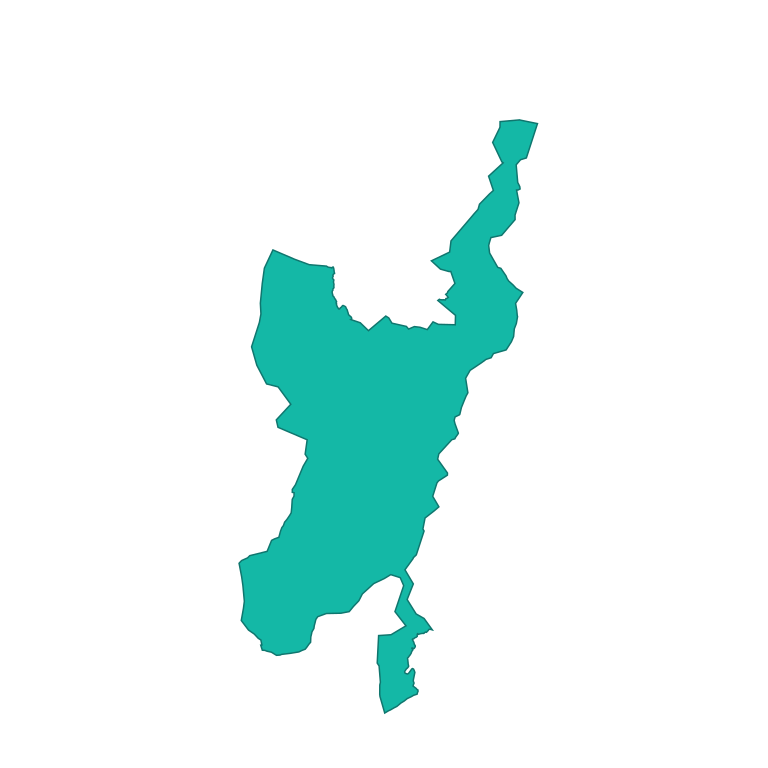 the district of Karasuwa, Yobe, Nigeria, rotated 294°
{"feature_id": "59680162B67680561366569", "entity_name": "Karasuwa", "entity_type": "district", "adm_level": 2, "iso_a3": "NGA", "parent_name": "Nigeria", "parent_adm1": "Yobe", "projection": "albers", "projection_center": [10.749, 12.987], "detail": "fine", "context": "isolated", "style": "filled", "palette": "teal", "viewbox_px": 768, "rotation_deg": 294, "n_neighbors": 0, "source": "geoboundaries", "source_scale": "gbopen_adm2", "svg_char_len": 6104}
<svg xmlns="http://www.w3.org/2000/svg" viewBox="0 0 768 768"><g transform="rotate(294 384 384)"><path d="M83.7,518.5L87.4,521.1L88.8,522.4L92.4,525.0L94.7,526.9L99.4,529.2L102.6,531.4L106.1,533.2L109.7,536.3L111.6,537.6L114.1,540.4L115.7,540.1L117.1,540.1L118.3,539.4L118.4,538.3L119.0,537.2L119.5,535.0L119.9,533.4L121.1,533.2L123.0,533.1L124.6,531.5L126.3,531.0L128.2,530.6L130.4,530.1L133.1,529.5L134.6,528.1L135.6,526.9L135.6,525.7L134.8,525.2L132.7,524.8L130.3,524.3L129.2,523.9L128.5,523.2L128.5,522.2L128.4,521.3L128.5,520.8L129.0,520.3L129.5,519.9L130.2,519.9L132.1,520.2L133.0,520.4L134.0,520.9L135.0,521.2L135.7,521.3L136.3,521.3L137.2,520.6L138.3,519.8L139.3,519.3L140.3,518.7L141.2,518.2L142.0,517.7L142.7,517.2L143.2,517.0L143.7,517.1L144.1,517.3L144.5,517.5L145.5,517.6L146.3,517.9L147.3,518.1L148.1,518.2L148.9,518.3L149.7,518.3L150.5,518.1L151.1,518.2L151.9,518.3L152.6,518.5L153.2,518.4L153.4,517.8L153.6,517.3L153.9,516.9L154.3,517.0L154.4,517.5L154.3,518.1L154.3,518.6L154.6,519.0L155.1,519.2L155.7,519.3L156.7,519.4L157.5,519.1L158.1,518.3L158.4,517.8L158.7,517.4L159.3,517.0L159.7,516.7L160.2,516.2L160.7,515.7L161.1,515.1L161.5,514.6L161.9,514.2L162.3,513.8L162.6,513.8L163.2,514.7L163.7,515.0L164.3,515.1L164.9,515.6L165.6,516.3L166.3,516.7L167.0,517.0L167.6,516.7L168.1,516.4L168.7,516.3L169.1,516.2L169.5,516.2L169.5,516.6L169.2,516.9L169.2,517.2L169.8,517.8L170.5,518.6L171.2,519.6L171.7,520.4L172.0,521.0L172.2,521.6L172.6,522.0L173.0,522.0L173.7,522.4L174.3,522.9L174.4,523.7L175.0,524.0L175.9,524.3L176.6,524.6L177.3,524.7L178.3,525.0L178.6,525.7L178.8,526.6L179.3,527.2L179.1,527.5L178.9,527.8L179.0,528.2L186.1,516.0L187.0,506.9L196.5,492.8L213.3,492.1L222.8,478.7L236.4,481.6L237.1,481.4L241.0,483.0L266.0,480.4L267.4,478.5L278.3,476.0L288.8,481.6L294.1,484.1L296.5,480.8L301.2,474.2L315.2,472.6L317.6,473.2L326.5,479.0L328.5,478.2L337.1,463.6L342.5,462.5L343.1,462.7L360.7,468.6L362.7,471.0L364.5,471.1L368.9,472.0L369.4,471.9L376.6,465.0L379.3,462.9L382.8,462.3L386.6,465.5L387.1,465.6L394.0,464.3L402.0,464.0L406.5,463.9L410.1,464.2L422.5,456.2L431.5,457.1L442.9,464.3L448.0,467.2L451.6,471.2L456.3,471.6L464.8,481.7L474.4,483.2L480.1,483.1L487.4,480.6L493.1,480.3L499.9,478.6L500.9,477.8L505.5,475.2L511.2,471.4L518.7,472.7L524.1,473.6L525.2,465.8L527.0,461.6L528.8,456.0L530.4,453.5L532.2,451.7L532.4,451.5L537.2,443.7L536.8,440.5L546.6,427.2L553.1,423.3L555.8,422.8L561.3,422.1L561.8,422.9L567.7,431.0L578.6,434.2L587.5,436.9L591.4,435.1L591.6,435.0L604.4,433.6L615.1,426.2L615.7,427.5L617.5,429.0L619.5,427.8L620.8,426.3L622.1,424.7L622.3,424.3L638.0,415.6L644.4,417.5L644.6,417.7L648.4,422.1L684.3,418.3L680.5,401.1L680.5,400.6L670.9,383.3L666.0,385.4L665.5,385.5L664.4,385.5L648.9,385.0L634.8,401.4L634.5,402.9L616.4,395.0L605.3,405.2L600.6,403.1L587.1,398.1L581.8,398.9L575.9,397.0L573.4,396.3L542.0,387.0L533.9,389.5L531.2,390.3L515.8,377.2L511.9,388.8L513.2,397.8L514.0,399.2L504.7,407.9L494.5,404.7L493.0,404.9L491.0,403.9L490.0,406.1L489.2,407.5L487.9,406.7L487.6,406.3L487.4,405.9L487.2,405.8L486.4,405.9L485.9,405.9L485.7,405.8L485.6,405.6L485.5,405.0L485.2,404.2L484.4,402.6L483.8,400.6L483.9,400.1L482.2,399.2L475.8,421.4L467.1,425.0L460.6,409.4L460.7,403.5L451.3,401.4L450.5,393.9L448.8,388.4L444.2,384.1L445.7,381.0L442.8,366.5L446.3,361.5L446.8,358.0L426.4,348.1L430.3,337.4L429.4,327.5L430.0,327.9L430.7,327.9L431.1,327.6L431.5,327.2L431.8,326.8L432.1,326.1L432.3,325.2L432.6,324.3L432.9,323.6L433.2,323.2L433.5,322.9L434.0,322.6L434.7,322.0L435.4,321.3L435.8,321.0L436.7,320.3L437.2,319.5L437.7,318.8L438.3,318.2L438.8,317.7L439.0,317.0L439.1,316.1L439.1,315.5L439.1,314.8L438.8,314.3L438.2,314.1L437.8,314.0L437.1,313.9L436.7,313.7L436.2,313.3L435.9,313.1L435.5,313.1L435.1,313.1L434.7,312.9L434.3,312.6L434.2,312.3L434.2,311.8L434.7,311.2L435.0,310.8L435.3,310.2L435.8,309.7L436.2,309.2L436.8,308.7L437.0,308.4L438.1,308.0L438.3,307.5L438.6,307.3L439.1,307.1L439.4,307.1L439.8,307.3L440.2,306.9L440.6,306.3L441.0,305.8L441.5,305.4L441.7,305.1L441.7,304.6L442.0,304.3L442.4,303.8L442.7,303.3L443.1,303.0L443.4,302.5L443.6,302.1L443.7,301.7L443.7,301.4L444.0,301.1L444.7,300.9L445.0,300.6L445.3,300.3L445.8,300.0L446.2,299.6L446.7,299.4L447.0,299.2L447.6,299.0L448.1,299.0L448.6,299.2L449.1,299.1L449.9,298.7L450.5,298.8L451.0,299.0L451.5,299.1L452.1,298.9L452.6,298.6L453.1,298.2L453.9,298.1L454.8,297.7L455.2,297.4L455.7,297.0L456.3,296.6L456.7,296.3L457.4,296.2L458.2,296.0L458.8,295.7L459.0,295.1L459.3,294.5L459.7,294.0L460.1,293.7L460.8,293.7L461.4,293.8L462.0,293.6L462.2,293.2L462.8,293.1L463.7,293.1L464.3,293.4L464.8,293.9L465.2,293.7L465.7,293.3L466.2,292.8L467.0,292.5L467.6,292.0L468.2,291.7L468.7,291.4L469.8,290.5L470.1,290.2L470.2,289.9L469.8,289.5L469.3,289.2L468.9,289.2L468.7,288.8L468.8,288.2L468.5,287.3L468.2,286.2L468.0,285.4L468.1,284.6L468.3,283.5L462.6,267.2L461.6,251.6L461.3,228.0L441.2,227.6L426.3,231.9L407.5,238.2L397.9,243.1L389.6,245.1L364.1,247.9L349.4,260.2L336.3,276.7L338.3,288.4L327.6,307.1L307.4,300.2L301.3,304.8L301.5,317.4L301.8,336.5L287.8,340.5L285.1,344.6L276.0,343.6L256.0,344.1L250.4,343.1L247.7,344.3L248.1,346.1L244.9,347.4L243.5,347.3L242.1,347.1L241.0,347.2L233.8,349.9L228.6,351.6L225.9,351.3L220.8,350.4L217.4,349.4L213.8,349.7L211.3,349.1L207.5,349.3L201.2,350.3L197.9,346.9L195.4,344.9L183.6,345.3L172.6,331.2L169.7,330.1L165.0,325.9L164.2,325.5L161.3,324.5L149.8,332.5L142.6,337.0L128.7,344.8L122.0,346.8L116.4,348.2L109.9,349.8L104.1,360.3L102.8,367.2L100.5,372.6L100.1,375.6L95.9,378.6L95.3,377.6L91.3,381.1L92.2,383.5L92.3,385.8L93.2,390.2L92.4,396.1L94.1,399.3L95.4,400.5L99.8,407.9L104.6,415.2L107.2,417.4L109.7,419.9L112.4,420.6L115.6,421.2L118.2,422.0L120.7,421.0L123.2,420.0L126.0,419.5L128.3,419.0L132.1,419.4L134.9,418.6L138.0,418.1L141.2,417.5L144.5,418.1L150.9,424.7L157.1,437.9L161.9,444.8L168.4,446.6L175.8,449.2L183.4,449.6L197.5,455.8L206.4,463.4L212.6,467.7L213.7,477.6L207.8,484.0L180.5,486.6L172.0,502.4L157.8,492.4L152.0,481.4L126.3,491.3L124.4,494.2L110.1,502.0L107.3,502.6L98.8,506.3L96.8,507.5L83.7,518.5Z" fill="#14b8a6" stroke="#0f766e" stroke-width="1.5"/></g></svg>